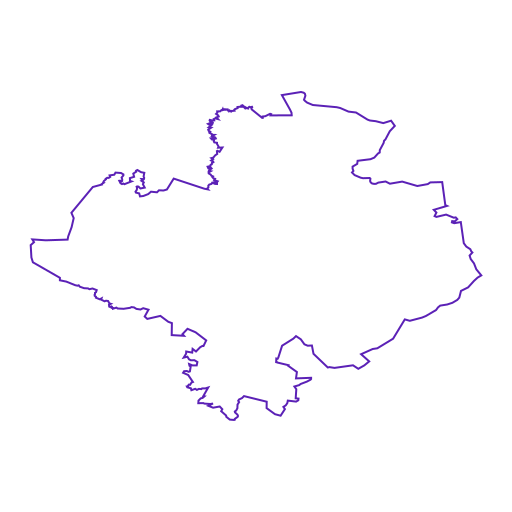 the district of Skujenes pag., Amatas, Latvia
{"feature_id": "27541924B80284932099647", "entity_name": "Skujenes pag.", "entity_type": "district", "adm_level": 2, "iso_a3": "LVA", "parent_name": "Latvia", "parent_adm1": "Amatas", "projection": "equal_earth", "projection_center": [25.458, 57.084], "detail": "fine", "context": "isolated", "style": "outline", "palette": "violet", "viewbox_px": 512, "rotation_deg": 0, "n_neighbors": 0, "source": "geoboundaries", "source_scale": "gbopen_adm2", "svg_char_len": 6077}
<svg xmlns="http://www.w3.org/2000/svg" viewBox="0 0 512 512"><path d="M234.5,420.0L234.2,419.9L234.8,419.7L234.8,418.9L237.6,416.9L238.0,416.0L237.5,414.7L235.0,412.4L234.8,411.5L236.2,410.5L237.4,408.2L237.5,404.6L239.1,402.1L238.2,400.8L239.0,399.5L242.0,398.1L244.0,396.1L266.7,401.7L266.6,408.1L275.0,414.2L280.6,415.7L284.9,409.1L283.4,406.9L285.8,405.3L287.3,403.1L287.8,400.6L296.1,401.6L298.3,400.3L298.5,398.6L295.7,398.3L296.3,389.2L294.4,386.5L299.2,385.1L300.6,384.0L306.9,381.6L310.5,379.7L311.1,379.0L311.1,377.8L296.0,378.4L296.9,372.0L288.2,365.8L288.5,365.2L277.2,362.5L276.6,361.6L276.1,363.0L276.3,358.5L277.6,358.8L278.3,357.6L282.1,345.7L293.4,338.6L296.0,336.1L300.8,339.3L304.4,344.3L307.7,345.7L311.9,345.5L313.5,353.8L327.8,367.5L329.4,367.1L334.5,367.9L353.0,365.3L358.3,368.8L364.3,365.4L369.2,361.4L361.1,354.2L372.7,349.0L377.3,348.3L393.1,338.7L404.8,319.4L409.8,320.8L422.0,317.6L425.9,316.0L436.1,310.0L438.0,307.4L440.2,305.6L447.2,304.5L452.4,302.8L457.3,299.9L459.3,297.6L461.0,290.9L468.1,287.4L474.0,280.9L477.6,277.6L481.3,275.4L476.3,269.3L474.0,263.4L470.7,259.0L469.6,255.5L472.4,252.5L471.3,251.4L470.3,249.2L466.3,246.6L463.8,243.2L460.8,222.1L454.2,223.2L451.9,222.4L452.2,221.1L454.7,221.4L457.3,219.1L455.7,217.4L453.8,217.7L446.1,214.6L436.4,216.9L434.6,216.1L436.4,212.6L433.8,209.8L447.0,205.9L445.3,205.1L442.2,182.1L430.3,182.4L427.8,184.1L417.3,186.0L402.2,181.6L389.9,183.7L385.6,181.5L378.3,182.6L376.0,183.8L374.2,183.9L372.1,183.5L370.7,182.4L370.1,181.0L370.4,178.7L369.7,178.0L363.0,178.2L360.7,177.7L354.6,175.1L352.0,172.5L353.4,170.9L352.6,168.7L352.6,166.6L357.2,163.9L357.6,160.8L370.5,159.2L374.3,157.6L378.0,153.5L379.7,152.5L379.8,150.1L383.6,143.0L384.1,140.7L385.4,139.5L389.8,131.2L394.8,125.9L391.1,120.7L383.3,123.1L375.8,121.2L369.9,120.5L367.5,119.6L356.0,112.5L348.5,111.6L340.2,108.0L336.7,107.2L312.8,105.0L307.1,102.6L305.0,100.9L304.0,99.8L305.4,95.7L304.9,93.7L303.7,92.7L301.0,92.0L281.9,95.1L290.0,109.6L291.5,112.7L291.7,115.3L270.6,115.4L271.1,114.1L270.1,113.8L265.3,116.2L262.7,116.5L262.8,117.8L262.2,117.9L251.7,109.4L251.3,108.2L252.2,107.2L252.0,106.8L250.6,107.2L249.3,106.8L248.3,107.6L248.2,108.5L246.1,108.1L245.3,108.5L244.7,107.9L245.7,107.4L244.7,106.8L242.6,106.8L243.4,106.0L242.5,105.2L241.3,105.6L241.4,106.6L237.5,107.0L237.6,108.1L234.8,109.2L234.2,109.9L234.5,110.7L231.8,111.0L231.2,111.6L230.7,111.4L231.5,110.7L229.1,111.3L229.1,110.3L227.8,110.4L227.6,109.4L225.5,109.8L224.9,109.7L225.3,109.3L223.9,109.2L224.2,109.8L222.9,110.0L222.7,109.2L222.2,110.2L221.4,110.1L220.3,111.3L217.2,111.4L217.4,112.6L216.1,113.9L218.2,115.4L218.7,116.5L216.4,117.4L218.0,119.1L215.2,118.4L213.7,119.1L214.2,120.4L213.0,120.6L209.8,119.9L209.6,120.6L210.5,121.7L212.8,122.8L212.6,123.4L210.3,123.0L208.0,123.9L208.8,124.5L211.0,124.3L211.7,124.9L208.8,127.3L211.1,127.7L208.2,129.7L208.6,130.7L210.4,131.8L210.2,132.3L209.3,132.4L209.4,132.9L211.9,134.1L211.9,134.8L214.3,134.9L212.2,136.3L215.3,137.5L215.8,138.5L214.5,138.9L214.0,137.9L210.9,138.3L211.9,139.4L212.6,139.1L213.0,139.7L214.1,139.8L213.8,141.4L214.3,142.4L217.0,142.8L217.0,143.9L218.6,146.6L218.1,147.7L222.4,147.5L219.6,151.8L217.4,150.8L216.9,151.1L217.2,154.0L215.2,155.3L213.3,157.6L211.5,158.1L213.0,159.2L211.2,160.5L213.2,161.5L213.4,162.2L212.0,162.8L211.8,164.3L210.6,164.8L210.3,166.1L207.6,166.7L208.3,168.3L209.3,168.4L210.7,167.5L211.6,168.5L209.2,170.2L208.9,170.8L210.7,171.2L208.6,172.4L208.7,173.4L210.7,174.6L211.4,175.7L213.0,176.4L212.4,177.1L213.4,178.3L215.0,178.8L214.2,180.1L217.7,181.3L217.0,182.2L214.6,182.3L215.2,183.0L217.0,183.3L217.0,184.0L215.0,183.9L212.2,182.7L211.5,183.9L209.2,184.6L208.3,185.7L208.4,187.4L207.2,188.5L208.0,189.4L204.3,188.7L173.7,178.6L166.9,189.5L163.5,190.5L159.0,190.3L157.0,192.3L151.0,191.7L148.2,194.1L143.3,196.0L140.0,196.4L139.2,193.4L135.9,192.6L135.5,191.7L136.8,189.8L137.1,187.5L136.6,186.8L137.1,186.4L138.5,186.6L140.4,188.5L144.7,187.6L142.9,184.2L143.8,182.4L141.6,180.9L142.6,180.5L141.5,179.0L143.9,179.1L144.2,177.9L143.6,176.5L144.3,172.8L141.1,172.2L137.4,170.0L136.4,170.5L136.0,170.8L136.2,171.7L133.3,173.6L134.1,176.8L129.9,178.1L130.0,180.9L131.5,181.4L124.4,184.2L123.2,183.5L122.0,184.1L120.5,183.2L119.3,180.8L120.2,180.7L121.0,181.6L122.1,181.0L122.2,179.3L121.6,177.5L123.4,175.4L123.4,174.4L121.0,173.0L115.5,172.6L114.3,174.7L109.6,175.4L110.2,176.9L108.7,177.9L107.2,177.8L105.7,178.8L105.9,179.3L103.9,181.0L103.1,182.6L103.6,182.8L101.4,184.3L101.6,184.6L92.8,187.0L71.4,212.8L73.7,218.1L71.6,227.2L68.2,236.4L67.6,239.6L45.8,240.3L32.3,239.4L34.0,242.2L30.7,245.1L31.4,257.5L32.9,262.3L59.9,277.8L59.9,280.3L66.3,281.6L75.2,285.2L77.5,285.7L78.7,285.3L79.8,286.7L84.1,288.2L88.0,288.4L89.4,289.2L92.5,288.5L96.7,290.1L96.0,292.2L95.0,292.8L95.0,294.2L94.6,294.7L94.7,295.8L96.0,296.8L95.9,297.7L99.8,299.3L101.5,298.4L101.1,299.6L104.6,301.3L106.0,300.7L108.1,301.0L109.3,303.3L110.8,303.8L109.0,304.7L109.2,306.6L110.1,307.0L111.4,306.4L112.0,306.9L111.8,307.9L113.0,308.0L113.0,308.7L116.4,307.6L117.6,308.5L123.6,308.8L130.2,307.8L131.4,307.1L134.0,307.4L136.4,308.9L140.5,309.5L143.2,308.2L148.5,309.7L144.7,316.5L147.3,318.9L160.4,315.9L168.3,321.8L171.9,323.1L171.7,335.1L184.0,335.8L182.5,334.1L187.5,328.8L195.6,332.3L206.2,340.4L203.5,346.0L202.5,345.9L200.2,347.2L196.0,351.5L192.6,348.9L192.2,352.6L186.2,351.5L186.1,353.7L183.7,357.6L187.4,356.7L189.0,359.3L190.9,360.3L194.4,360.2L197.4,362.0L196.7,365.4L192.5,365.4L189.1,364.0L189.5,365.8L190.7,366.5L189.9,371.4L188.7,371.8L186.8,371.0L184.1,371.2L183.1,372.8L188.2,375.0L192.9,382.0L191.5,382.5L190.1,384.8L188.9,384.6L187.9,385.8L188.1,386.4L186.9,386.5L187.3,387.3L190.9,388.3L191.4,390.2L195.2,388.8L196.9,389.9L198.9,388.9L201.4,389.1L202.1,388.4L205.3,388.4L208.2,387.5L203.3,396.1L204.5,396.3L202.6,397.9L200.7,398.4L198.5,400.6L198.3,403.2L203.4,403.1L204.3,403.6L210.4,404.0L213.0,403.5L208.3,405.8L213.1,407.7L219.7,406.5L222.3,409.2L221.2,411.2L226.1,415.5L226.3,416.8L229.8,419.6L234.5,420.0Z" fill="none" stroke="#5b21b6" stroke-width="2"/></svg>